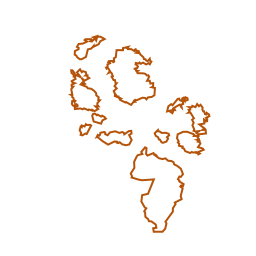 outline of Finnøy nor, Rogaland, Norway, rotated 126°
{"feature_id": "86288312B27050334738576", "entity_name": "Finnøy nor", "entity_type": "district", "adm_level": 2, "iso_a3": "NOR", "parent_name": "Norway", "parent_adm1": "Rogaland", "projection": "orthographic", "projection_center": [5.856, 59.199], "detail": "fine", "context": "isolated", "style": "outline", "palette": "amber", "viewbox_px": 256, "rotation_deg": 126, "n_neighbors": 0, "source": "geoboundaries", "source_scale": "gbopen_adm2", "svg_char_len": 5779}
<svg xmlns="http://www.w3.org/2000/svg" viewBox="0 0 256 256"><g transform="rotate(126 128 128)"><path d="M196.8,46.2L191.6,39.1L187.6,38.7L182.6,40.8L181.8,42.6L169.2,42.6L166.6,44.5L161.6,44.8L160.8,46.3L154.0,42.8L152.0,45.4L144.7,48.3L144.6,51.3L143.2,51.2L142.6,49.4L140.7,50.0L141.1,55.1L140.3,55.5L140.1,57.5L137.1,57.9L136.5,56.5L133.0,56.4L129.9,61.3L129.7,65.7L130.2,69.0L130.7,68.8L128.9,71.0L129.2,73.6L130.9,76.2L130.6,79.9L132.9,81.9L134.2,85.0L134.2,89.4L133.5,89.1L133.4,90.3L134.2,91.2L133.3,92.6L138.9,96.1L138.4,98.1L133.4,101.2L133.6,102.8L139.6,103.2L140.6,101.1L144.2,104.1L146.1,104.2L151.9,103.1L156.5,99.4L163.2,99.0L164.7,96.3L165.9,96.0L163.6,89.3L162.0,85.9L154.4,76.9L169.5,73.1L174.0,77.1L179.6,74.0L182.4,67.8L182.2,66.0L185.9,65.9L186.4,64.4L189.6,61.8L189.9,58.1L191.1,56.3L189.8,54.1L189.8,48.8L192.0,46.4L194.3,48.7L196.8,46.2ZM86.0,125.9L79.8,129.7L81.1,132.8L79.7,132.1L76.9,134.0L78.9,136.0L77.0,138.2L78.6,140.3L74.1,141.0L73.4,142.6L74.4,143.5L74.0,145.6L74.6,147.4L78.0,152.5L77.1,154.1L76.0,153.6L76.8,155.3L75.5,156.4L76.8,158.1L74.0,155.8L72.5,156.0L71.8,158.5L72.1,159.2L70.8,159.9L69.5,157.2L68.3,157.2L68.5,155.4L66.3,154.3L65.9,150.7L63.4,149.3L63.6,147.8L60.5,148.2L60.7,149.6L59.2,151.1L62.4,151.4L62.7,153.2L62.1,154.3L62.9,155.6L61.7,157.1L61.3,161.2L60.6,162.4L62.3,165.5L61.0,165.1L60.6,163.5L59.5,164.4L60.5,167.1L59.8,168.1L60.4,168.4L61.3,167.6L62.0,167.8L62.3,171.7L64.1,174.2L63.5,174.4L63.9,175.6L62.2,175.5L66.3,179.0L68.0,177.8L71.7,183.0L77.9,179.5L79.9,180.4L82.4,178.2L83.4,178.6L83.0,180.2L85.2,182.8L86.2,182.7L85.5,181.5L86.0,180.5L88.7,182.0L90.4,180.4L92.0,181.3L92.6,180.2L91.6,179.7L91.6,178.3L92.5,176.2L94.8,176.1L93.0,175.1L93.3,173.3L95.0,170.7L96.6,172.0L96.2,171.1L97.7,167.9L96.9,166.7L99.2,164.2L98.6,163.5L102.0,163.5L102.6,160.4L106.5,161.3L108.1,158.5L109.9,157.4L109.6,156.3L109.3,157.5L108.2,157.6L108.9,155.7L108.2,154.3L108.8,154.1L108.3,151.1L109.5,151.8L109.9,150.8L108.9,145.1L108.2,144.9L107.5,139.1L103.8,138.9L102.7,137.7L102.4,139.1L101.0,138.8L100.6,137.4L95.0,134.1L93.6,131.7L94.0,129.9L91.4,129.8L89.0,127.1L86.0,125.9ZM134.1,165.0L130.1,163.3L129.6,167.1L127.8,164.6L127.3,166.4L125.9,167.4L122.0,167.0L122.8,168.6L120.4,169.7L120.2,172.9L118.5,174.3L117.8,177.4L117.9,180.9L119.5,183.8L119.0,185.5L120.6,191.9L118.7,191.7L119.2,189.6L117.6,188.7L117.4,190.8L118.4,191.4L116.1,191.4L114.7,195.2L115.3,191.0L110.4,188.7L110.4,191.1L109.3,191.7L110.5,193.3L109.2,193.1L107.6,195.0L108.5,197.8L110.0,198.2L108.7,201.3L113.1,202.0L114.7,195.8L115.4,200.3L116.4,199.8L115.8,200.6L116.3,202.9L115.1,203.3L114.0,206.8L114.7,207.9L116.7,206.0L116.8,201.2L117.5,202.6L117.0,202.9L117.7,202.7L118.4,202.2L117.8,201.2L119.1,199.3L123.2,201.1L123.7,199.8L123.0,197.3L126.1,199.1L127.5,197.9L126.7,196.6L130.0,196.7L133.5,192.9L134.7,193.8L134.3,192.2L135.8,191.3L135.8,189.8L137.1,188.5L137.0,186.4L138.5,186.5L137.9,187.7L139.0,189.0L141.5,187.5L142.2,185.9L141.7,183.5L139.8,184.7L139.0,183.6L139.2,182.1L140.3,181.6L142.1,183.6L143.9,182.1L140.2,178.0L139.5,175.7L138.0,175.1L136.9,170.6L136.0,170.5L135.0,167.3L134.3,167.6L134.1,165.0ZM106.7,57.4L101.1,54.0L100.7,55.6L102.3,60.1L98.0,60.3L97.2,61.7L97.9,63.3L96.5,63.0L97.0,65.1L95.0,63.2L95.8,64.8L95.1,64.8L94.3,67.1L92.3,65.6L95.8,70.1L94.6,70.4L94.5,71.6L96.3,77.9L98.6,81.1L103.9,84.1L107.5,82.3L109.0,79.2L110.4,79.2L110.6,77.3L112.4,76.3L110.9,72.9L112.1,72.5L111.8,70.6L113.1,68.1L111.7,63.0L109.9,62.3L109.6,60.8L107.4,58.7L107.6,57.7L108.6,58.8L107.1,56.9L108.0,55.6L106.5,54.9L106.7,57.4ZM91.7,67.2L86.6,61.7L83.9,64.1L85.8,66.6L83.4,65.9L83.2,72.4L79.5,68.9L76.4,71.5L76.3,69.8L77.1,69.0L76.0,68.0L74.3,69.1L73.9,70.9L70.6,69.1L69.5,70.4L69.5,73.2L71.0,72.6L71.5,73.8L69.8,76.3L70.3,77.0L69.3,78.7L67.6,79.7L66.6,83.0L68.7,83.4L68.0,86.1L71.5,85.7L72.3,89.0L73.7,88.6L75.3,90.9L75.2,89.6L76.4,88.5L77.7,89.6L78.6,87.7L80.2,88.2L78.9,86.5L81.4,80.4L83.7,81.0L85.2,77.9L87.9,77.5L90.2,73.6L91.7,73.3L90.9,71.0L87.9,67.9L91.3,70.2L91.8,70.0L91.7,67.2ZM140.6,117.3L135.5,118.0L133.0,123.0L130.4,121.9L128.4,123.7L130.1,125.5L135.3,127.3L134.4,128.4L134.6,130.2L137.0,132.0L138.2,136.4L142.2,140.0L145.8,140.2L146.4,142.8L145.1,143.7L145.2,144.9L148.1,147.5L150.0,146.6L151.0,146.7L151.3,148.4L153.7,148.0L153.2,147.7L153.6,140.8L153.1,134.3L146.8,131.0L145.5,128.7L146.4,128.4L146.0,127.0L144.4,126.3L144.6,123.0L143.1,119.5L140.6,117.3ZM74.0,201.4L69.8,199.2L70.0,201.7L70.5,204.3L71.9,205.9L71.3,206.6L75.0,209.4L74.7,207.5L72.8,206.3L75.9,205.2L74.9,207.3L79.3,208.1L79.9,209.4L78.4,208.8L77.7,209.8L81.2,214.6L82.3,214.8L82.2,211.9L86.3,214.2L89.0,217.3L92.4,217.0L92.1,215.1L93.3,214.3L97.0,216.2L100.0,214.2L99.8,212.3L100.6,210.7L100.7,207.6L99.7,206.0L95.2,203.8L88.0,206.7L85.3,204.4L82.2,204.1L82.8,203.8L77.5,201.0L74.0,201.4ZM70.2,96.2L69.0,97.2L69.0,98.4L70.2,99.4L69.7,99.8L70.7,100.5L70.4,99.5L72.1,98.4L70.9,100.8L72.6,101.3L72.9,101.2L73.8,99.7L74.2,99.5L75.1,102.4L74.2,103.9L75.3,104.9L83.4,105.3L83.3,107.1L86.8,108.1L91.6,106.1L88.7,103.7L90.0,103.4L89.9,100.8L86.5,101.6L85.9,100.6L85.3,101.7L86.8,102.5L85.6,103.0L78.9,100.1L78.3,98.9L79.6,98.0L79.9,96.6L77.8,98.8L75.5,97.0L75.9,97.9L74.4,98.9L70.2,96.2ZM116.5,89.0L113.0,89.3L112.5,91.1L109.7,90.4L108.8,91.7L109.6,94.5L112.2,97.9L112.2,100.5L113.0,101.7L112.1,102.6L116.6,103.3L118.0,100.9L117.8,98.1L119.1,96.4L118.6,95.5L119.8,92.5L119.5,91.1L116.5,89.0ZM136.8,153.2L133.4,151.4L132.9,153.6L133.3,156.2L134.6,156.5L135.0,160.4L136.0,160.7L135.8,163.0L137.0,164.5L139.1,164.2L142.9,159.6L140.3,152.3L136.8,153.2ZM157.2,157.9L147.6,159.3L147.7,160.5L149.8,163.1L149.7,164.3L152.3,164.0L153.1,166.8L154.5,165.9L154.7,167.1L158.2,165.8L159.6,162.9L161.4,162.3L160.8,160.6L157.6,159.3L157.2,157.9Z" fill="none" stroke="#b45309" stroke-width="2"/></g></svg>